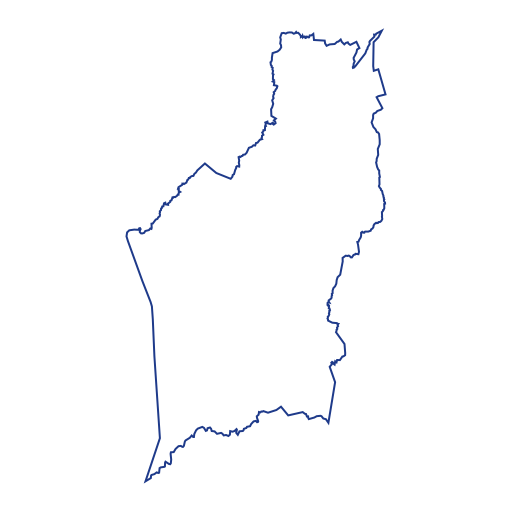 Chu Prong, Gia Lai, Vietnam
{"feature_id": "81297802B50675624734559", "entity_name": "Chu Prong", "entity_type": "district", "adm_level": 2, "iso_a3": "VNM", "parent_name": "Vietnam", "parent_adm1": "Gia Lai", "projection": "equal_earth", "projection_center": [107.843, 13.593], "detail": "fine", "context": "isolated", "style": "outline", "palette": "blue", "viewbox_px": 512, "rotation_deg": 0, "n_neighbors": 0, "source": "geoboundaries", "source_scale": "gbopen_adm2", "svg_char_len": 6014}
<svg xmlns="http://www.w3.org/2000/svg" viewBox="0 0 512 512"><path d="M373.2,66.1L373.6,42.2L378.3,37.4L381.8,30.7L376.2,33.7L375.7,34.7L374.1,34.6L374.4,36.6L370.0,40.9L369.4,42.0L369.7,44.0L367.6,47.5L367.5,48.8L366.7,49.7L365.3,53.4L355.6,65.9L354.1,67.5L353.0,67.9L352.8,67.1L353.4,66.0L353.7,63.5L354.7,61.3L353.8,59.6L353.6,57.9L356.4,52.6L357.1,49.5L359.4,48.1L356.4,41.8L350.2,44.9L348.4,43.5L347.8,42.3L345.9,42.9L344.3,44.4L341.8,41.9L340.7,39.5L338.4,41.6L337.2,41.8L334.7,44.0L329.7,44.4L326.6,45.8L325.1,43.4L324.7,40.6L314.0,40.0L313.3,33.9L311.4,35.4L309.7,35.4L309.1,37.3L308.2,37.4L307.4,36.7L306.3,36.6L305.9,37.9L305.4,38.0L304.5,36.6L303.2,37.2L302.7,36.0L302.4,37.2L301.7,36.3L300.9,36.9L300.9,36.2L300.0,34.7L298.2,32.8L296.6,32.9L296.1,32.0L294.8,33.4L293.7,33.7L291.9,32.5L289.6,32.4L287.4,32.7L285.8,33.6L283.7,32.9L281.7,33.2L280.2,37.4L280.8,39.5L280.2,43.6L281.0,45.1L281.2,47.4L279.6,49.8L277.5,51.5L272.6,53.1L271.9,57.6L271.9,59.9L271.3,61.7L270.5,62.3L270.9,65.0L271.7,65.8L271.6,67.0L272.7,67.8L272.4,69.5L273.1,70.8L272.5,73.7L273.5,74.4L273.0,75.4L272.9,79.1L274.0,80.1L272.7,81.5L274.3,82.1L273.9,85.2L276.8,85.7L277.4,86.2L276.7,88.4L275.6,89.6L275.2,90.9L273.7,92.2L274.2,93.8L273.4,95.0L273.1,96.9L273.6,98.1L272.2,100.3L273.2,103.8L272.2,107.2L271.1,109.2L271.4,115.9L275.9,118.6L273.9,120.4L275.2,121.7L275.6,123.2L273.7,124.6L272.4,123.6L273.0,123.0L272.8,122.7L270.5,124.1L267.7,123.3L267.4,121.6L265.3,122.5L265.8,123.7L265.5,125.0L265.9,126.0L265.1,126.2L264.9,130.1L263.4,130.2L263.3,131.5L262.2,132.5L263.4,134.8L262.0,135.7L262.0,137.1L261.5,138.1L262.1,139.1L259.8,139.8L257.5,142.7L256.0,143.0L255.2,145.5L253.4,145.3L251.8,146.8L248.9,147.8L246.6,152.8L245.0,154.5L243.1,154.8L242.5,155.9L241.6,156.0L240.5,157.0L239.6,156.6L238.6,157.1L239.2,160.7L238.8,162.7L239.3,165.2L239.2,166.6L237.1,166.1L236.2,166.9L236.1,168.3L235.3,169.7L234.0,174.2L232.7,175.0L232.4,176.7L230.7,178.8L216.3,173.0L204.9,163.5L197.3,170.4L195.9,172.6L194.4,173.8L193.4,175.9L192.1,176.0L190.4,176.9L189.8,178.0L188.8,178.0L188.2,179.6L187.4,179.9L186.4,182.6L184.1,184.0L183.6,183.6L183.0,184.0L182.4,183.7L182.1,184.9L178.5,187.2L178.0,188.9L178.8,189.0L178.6,190.8L180.2,191.9L178.8,192.6L178.5,194.7L177.7,194.6L177.1,195.7L175.2,197.1L174.0,196.9L173.2,197.7L172.5,197.4L171.5,200.3L170.3,200.8L170.2,201.9L168.0,203.6L168.1,204.8L165.7,204.4L165.3,202.7L164.0,203.3L163.4,206.3L162.2,206.5L161.8,208.1L161.1,208.5L161.0,210.1L159.8,211.3L160.0,212.4L159.6,213.4L160.0,214.8L159.6,216.4L158.4,217.1L157.4,218.9L155.7,219.6L152.8,223.5L151.5,223.7L151.7,227.9L151.4,228.9L150.3,228.5L148.9,230.1L145.3,231.0L144.2,232.8L142.5,233.4L141.1,233.4L139.8,232.1L139.8,230.9L140.6,229.1L140.0,228.1L139.2,228.3L138.5,229.8L134.2,229.6L129.3,230.3L127.1,232.4L126.5,236.4L127.9,241.0L142.4,281.1L150.6,302.0L151.9,306.4L152.8,319.2L154.4,356.3L159.9,438.2L145.5,481.3L150.8,478.1L151.1,475.5L151.5,475.0L154.4,474.1L156.7,472.4L158.2,473.0L159.1,472.7L159.6,468.1L160.7,467.4L164.5,466.8L164.9,466.5L165.1,462.5L165.5,461.7L169.0,464.0L170.2,464.2L170.8,463.3L171.2,459.6L170.6,453.8L170.9,452.3L173.7,452.1L175.6,448.9L178.5,446.2L180.8,445.9L182.4,446.9L183.0,446.9L183.9,445.8L184.9,441.4L185.6,440.4L189.8,437.8L191.7,435.5L193.2,437.0L193.9,437.0L194.3,434.0L196.1,430.3L197.8,428.6L202.3,426.9L204.0,427.9L205.8,430.9L207.0,430.4L207.6,428.2L210.0,427.5L211.1,428.8L211.7,431.0L214.6,431.4L217.0,433.8L221.1,432.9L222.4,433.7L223.7,435.4L226.1,435.0L228.4,436.0L229.9,434.7L230.2,431.1L232.5,431.7L234.5,431.0L236.5,429.1L236.9,429.7L236.2,432.8L237.8,434.8L239.5,431.3L242.8,431.0L243.5,430.3L243.9,428.8L246.3,428.0L247.0,426.8L250.1,426.2L251.1,424.1L253.6,421.4L255.8,420.9L257.1,422.2L258.0,421.9L258.2,421.2L257.0,417.9L256.8,416.3L258.6,414.7L259.0,412.0L260.4,412.4L261.3,411.5L262.6,411.6L263.3,411.1L268.0,412.7L276.4,410.0L281.0,406.7L288.2,415.4L302.7,412.1L304.9,413.8L306.0,414.0L306.9,416.5L308.1,416.4L308.2,417.8L308.8,419.1L314.4,417.5L316.7,416.2L320.5,415.8L321.5,416.2L323.3,418.5L325.9,419.2L328.4,422.8L335.1,382.2L329.7,366.8L331.8,364.3L331.9,363.6L331.3,362.8L332.1,361.9L332.9,362.4L333.4,363.7L334.6,364.6L335.2,361.3L336.5,362.3L337.1,360.0L339.9,360.1L342.4,356.5L343.4,356.4L345.1,355.2L345.2,353.1L344.5,344.0L336.0,332.2L336.6,330.7L336.5,329.8L337.3,328.9L337.0,327.6L338.1,326.1L337.6,325.0L338.3,323.9L337.3,323.8L336.9,323.1L332.3,322.7L328.1,320.6L328.0,319.3L327.5,318.6L327.9,317.7L327.8,316.7L328.6,316.0L329.3,314.3L328.9,313.3L329.5,311.8L329.2,311.0L330.0,310.2L329.5,308.5L328.8,308.3L329.1,305.7L328.6,305.1L327.9,305.5L327.5,305.0L327.6,302.8L328.4,302.2L329.3,302.5L328.6,301.3L328.7,300.4L331.2,298.5L331.6,297.6L331.6,296.1L332.1,295.3L331.8,293.9L332.6,293.2L332.6,290.6L333.4,288.1L335.1,286.3L336.3,283.7L336.7,280.0L337.6,277.2L340.2,274.7L342.7,261.5L342.6,257.9L345.7,255.7L347.8,256.0L348.4,255.6L349.4,255.8L350.9,257.4L351.9,257.4L353.6,254.9L355.1,254.5L355.5,253.8L358.4,254.2L359.0,251.8L358.0,244.4L357.3,242.0L358.5,241.7L359.1,240.0L360.7,237.4L361.1,235.8L361.1,232.7L362.2,231.8L363.1,232.7L364.3,232.7L364.5,231.9L365.2,231.6L368.2,231.6L370.7,230.7L371.1,229.4L372.5,228.5L373.4,227.1L373.6,225.5L374.4,224.1L376.1,222.8L376.8,223.2L378.2,222.8L378.5,222.1L380.2,221.9L381.4,220.8L382.3,219.0L381.9,216.6L382.1,216.1L381.9,212.1L382.8,211.3L383.1,210.0L383.6,209.9L384.3,208.2L384.2,204.0L385.1,203.7L385.0,202.5L384.1,201.4L383.9,199.9L384.3,199.4L383.8,198.4L383.9,197.5L383.4,196.9L383.4,195.6L382.7,194.0L382.1,191.0L380.9,189.9L380.9,188.9L379.7,187.6L378.9,186.1L379.5,184.4L379.3,177.6L379.9,177.0L379.2,173.4L379.2,170.5L378.2,169.5L377.1,166.9L376.1,162.4L376.6,161.2L376.7,158.8L378.2,154.9L377.8,149.0L379.7,144.3L379.7,140.2L379.1,134.0L378.0,132.4L376.8,132.1L375.5,129.3L373.4,127.0L371.6,122.4L373.1,118.3L373.1,115.1L373.7,113.6L375.8,112.7L377.3,111.0L380.9,109.7L382.4,108.2L376.6,97.2L378.3,96.2L385.5,94.4L378.3,69.3L373.8,70.8L373.2,66.1Z" fill="none" stroke="#1e3a8a" stroke-width="2"/></svg>